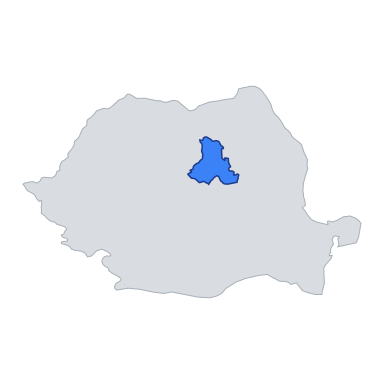 Harghita on a map of Romania (Equal Earth projection)
{"feature_id": "ROU-307", "entity_name": "Harghita", "entity_type": "County", "adm_level": 1, "iso_a3": "ROU", "parent_name": "Romania", "parent_adm1": "", "projection": "equal_earth", "projection_center": [25.588, 46.623], "detail": "fine", "context": "in_parent", "style": "filled", "palette": "blue", "viewbox_px": 384, "rotation_deg": 0, "n_neighbors": 0, "source": "natural_earth", "source_scale": "10m", "svg_char_len": 5639}
<svg xmlns="http://www.w3.org/2000/svg" viewBox="0 0 384 384"><path d="M307.3,214.6L311.2,219.4L316.0,221.9L327.1,224.6L328.1,224.3L328.2,223.8L327.4,223.1L327.3,222.2L327.8,221.1L329.3,221.0L331.9,222.0L336.6,220.6L343.5,216.8L350.0,216.0L355.9,218.3L359.0,220.9L361.0,223.4L360.4,226.5L360.1,228.4L358.7,236.4L357.7,239.4L356.1,242.8L337.8,246.8L339.0,244.9L338.5,241.5L337.7,239.0L339.3,236.7L335.2,235.8L333.4,237.1L332.1,239.3L333.4,244.4L331.5,247.2L330.7,248.7L330.7,252.4L329.5,254.0L329.3,255.8L332.2,255.3L331.0,258.6L325.6,264.7L323.7,268.4L324.4,283.1L322.1,291.8L322.0,294.4L316.1,294.5L314.4,294.3L308.8,293.0L302.5,290.7L298.8,286.1L296.4,282.9L291.2,284.4L290.2,284.0L288.7,282.4L284.7,281.4L279.8,281.3L268.8,275.4L267.5,274.4L258.9,275.4L246.0,278.3L236.1,282.0L225.9,288.4L221.8,293.3L217.0,295.9L210.1,297.8L197.9,297.1L185.2,294.6L171.5,292.0L164.1,293.4L154.1,292.3L139.1,289.2L127.9,288.2L116.8,290.1L115.0,288.7L114.6,287.0L115.1,284.7L116.6,282.9L119.3,281.5L120.8,280.1L120.9,278.6L118.0,276.3L111.9,273.1L109.4,271.1L108.7,270.6L108.6,268.8L107.4,267.4L105.0,266.4L103.2,264.6L101.9,261.9L102.2,259.3L104.1,257.0L106.5,255.9L109.4,256.2L110.7,255.6L110.2,253.9L107.4,251.8L102.2,249.2L96.9,250.6L91.4,256.0L87.5,256.9L85.2,253.2L81.0,251.1L75.0,250.4L71.3,249.0L69.9,246.9L67.3,245.3L61.5,243.6L61.4,241.9L62.4,241.6L64.5,241.4L67.3,241.1L67.7,240.1L67.8,239.3L65.6,238.2L63.4,237.5L62.2,236.7L61.5,235.9L61.4,235.1L62.1,234.5L63.0,234.5L63.9,234.0L64.4,232.0L65.6,230.4L66.5,229.8L66.5,228.6L65.6,227.5L64.4,226.5L62.6,226.0L57.1,224.3L54.4,221.9L52.6,221.9L49.9,220.6L47.1,218.5L44.6,215.6L41.9,213.8L41.2,213.0L41.2,212.3L41.7,211.5L41.7,210.6L41.1,207.8L41.6,204.8L41.6,202.0L41.6,200.7L41.1,200.3L40.6,200.8L39.9,201.3L39.2,201.4L37.2,199.4L34.8,195.2L33.1,193.8L29.8,191.9L27.0,190.3L25.1,186.9L23.0,184.2L24.5,183.1L32.6,181.5L36.3,183.0L38.0,182.5L39.7,181.2L40.6,180.2L40.8,179.2L41.7,177.9L44.4,177.2L51.6,178.0L54.6,176.2L55.7,175.2L56.4,173.0L57.2,171.2L59.8,170.2L59.8,168.6L59.5,166.8L61.1,162.9L62.0,161.3L63.5,160.7L65.3,159.4L68.4,156.9L67.7,154.6L68.4,153.0L71.7,148.9L74.2,145.0L74.2,143.1L74.6,141.4L76.7,139.5L79.0,137.1L82.2,129.5L83.3,128.2L85.2,126.8L86.7,125.4L87.0,120.4L88.4,119.0L91.0,117.4L93.6,114.8L95.8,111.8L97.4,110.3L99.6,110.0L101.9,108.8L104.5,108.3L107.0,108.9L108.6,108.6L111.1,107.1L117.3,101.5L118.2,100.4L119.5,99.7L124.5,97.8L125.8,95.8L127.5,94.1L129.7,94.2L136.9,98.5L144.6,98.2L146.0,98.4L146.5,98.5L147.4,98.8L157.7,100.9L159.3,100.7L159.7,100.5L163.9,102.3L167.5,102.1L171.0,100.8L174.6,100.4L178.0,101.2L180.5,103.6L187.0,108.8L189.0,110.8L192.0,110.5L195.3,109.5L198.7,106.0L209.1,102.1L217.0,101.1L224.7,99.5L233.6,98.4L236.2,95.2L237.6,93.0L238.6,88.9L243.4,87.7L247.9,86.9L249.5,86.4L252.9,86.2L255.4,86.5L259.4,88.5L262.2,91.1L263.4,93.1L265.8,95.9L268.3,99.9L271.2,105.2L271.8,107.9L272.9,110.8L275.0,114.3L279.0,118.2L279.5,119.0L281.4,121.7L284.9,127.9L287.8,130.3L290.4,133.0L291.6,135.7L293.5,138.1L297.8,141.4L301.3,144.3L304.2,152.8L306.2,156.8L307.5,159.8L307.0,165.8L307.8,168.4L306.2,173.2L303.5,182.8L302.9,190.4L303.5,194.6L303.6,197.2L304.3,198.9L305.1,202.4L305.3,205.5L304.3,206.3L302.8,207.1L302.3,207.7L303.6,209.1L305.5,211.6L307.3,214.6Z" fill="#d9dde1" stroke="#a8b0b8" stroke-width="1"/><path d="M227.8,184.1L224.5,183.9L223.5,183.4L222.8,182.9L222.6,182.5L222.2,182.1L220.8,181.1L220.6,180.8L220.4,180.4L219.5,178.8L219.4,178.3L219.3,177.9L219.2,177.5L219.0,177.1L218.6,176.7L217.6,176.0L217.1,175.7L216.6,175.8L216.2,176.1L215.8,176.5L214.6,177.2L214.0,177.6L212.7,179.3L212.2,179.8L211.5,180.3L210.2,181.6L210.0,181.9L210.1,182.3L209.7,182.5L208.7,184.3L207.7,183.3L206.1,182.8L205.6,182.5L205.0,182.0L204.2,181.6L203.6,181.5L203.0,181.5L201.1,182.3L199.2,182.6L196.4,179.9L194.5,178.6L193.9,178.4L192.3,178.4L191.6,178.2L190.9,177.7L188.1,174.6L187.9,174.2L188.0,173.9L188.2,173.7L189.0,173.4L189.3,173.2L189.6,173.0L189.9,172.8L190.7,172.6L191.1,172.4L191.4,172.1L191.4,171.6L191.1,171.3L190.1,170.7L190.1,170.4L190.4,170.1L192.6,169.3L193.0,169.0L193.2,168.6L193.3,166.9L193.5,166.4L193.8,165.9L195.9,164.0L196.3,163.7L197.9,163.2L198.4,162.8L198.9,162.4L200.2,160.6L200.7,160.1L202.2,159.0L202.5,158.5L202.6,158.1L202.5,156.9L202.6,156.0L202.8,155.0L202.8,154.4L202.7,154.0L202.6,153.6L201.8,151.8L201.6,150.7L202.2,147.6L202.1,144.9L202.0,144.2L201.7,143.6L201.4,143.2L200.6,142.5L200.3,142.0L200.1,141.6L199.9,139.9L201.2,140.3L201.6,140.4L202.2,140.3L202.6,140.2L202.9,139.9L203.1,139.5L203.2,139.1L203.2,138.7L203.3,138.3L203.7,137.8L204.2,137.4L204.9,137.1L205.8,137.0L206.4,137.0L207.0,137.2L211.0,139.6L211.4,140.0L211.7,140.4L212.1,140.8L212.7,141.1L213.3,141.2L214.0,141.1L214.5,141.0L216.4,140.7L217.2,140.9L218.2,141.3L218.7,141.6L219.2,142.1L219.6,142.8L220.2,144.1L220.6,144.9L221.2,145.7L222.4,146.4L222.9,146.9L223.2,147.3L223.4,148.1L223.4,148.5L223.1,148.7L222.4,148.6L222.1,148.6L221.8,148.7L221.6,148.9L221.5,149.3L221.5,149.8L221.9,157.3L222.1,157.9L222.4,158.4L222.9,159.0L224.1,160.0L224.5,160.3L224.9,160.3L225.0,160.0L225.0,159.6L224.7,158.6L224.7,158.2L225.1,158.0L225.4,157.9L228.3,158.5L228.5,161.9L229.1,164.0L229.5,164.7L230.0,165.4L230.5,166.3L230.5,166.8L230.2,167.1L229.7,167.3L229.2,167.7L228.9,168.3L228.7,169.6L228.9,170.2L229.4,170.6L230.9,171.0L232.8,171.2L233.3,171.5L233.8,172.0L234.0,172.6L234.0,173.1L233.8,174.2L233.7,174.8L234.0,175.1L234.5,175.1L235.5,174.9L236.8,174.2L237.4,174.1L237.9,174.2L238.5,174.5L238.7,174.9L238.7,175.3L238.3,176.5L238.2,176.9L238.0,178.8L237.9,179.2L237.4,180.0L237.3,180.5L237.0,182.3L227.8,184.1Z" fill="#3b82f6" stroke="#1e3a8a" stroke-width="1.5"/></svg>